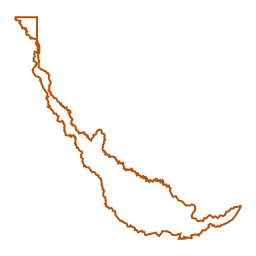 outline of Nhamundá, Amazonas, Brazil
{"feature_id": "56859067B20475457362782", "entity_name": "Nhamundá", "entity_type": "district", "adm_level": 2, "iso_a3": "BRA", "parent_name": "Brazil", "parent_adm1": "Amazonas", "projection": "robinson", "projection_center": [-57.83, -1.081], "detail": "fine", "context": "isolated", "style": "outline", "palette": "amber", "viewbox_px": 256, "rotation_deg": 0, "n_neighbors": 0, "source": "geoboundaries", "source_scale": "gbopen_adm2", "svg_char_len": 5781}
<svg xmlns="http://www.w3.org/2000/svg" viewBox="0 0 256 256"><path d="M66.6,107.5L64.8,108.0L64.4,107.1L63.4,107.2L63.1,106.0L61.7,105.8L61.5,104.6L60.5,104.4L60.6,103.4L60.0,103.6L59.0,102.1L57.7,101.4L56.0,98.2L53.9,98.0L53.2,96.3L50.8,94.8L50.7,93.1L50.3,92.6L50.7,92.6L49.9,91.4L49.3,91.3L49.2,90.3L48.6,89.8L49.3,89.1L49.2,85.4L49.7,85.3L50.6,83.7L50.6,81.6L49.5,80.2L48.7,77.7L49.5,75.1L48.4,74.5L47.9,73.1L46.9,72.9L45.1,70.9L44.3,71.0L43.0,70.0L40.9,69.3L38.7,67.1L38.6,63.3L39.3,60.8L38.8,60.4L38.3,57.8L38.1,55.1L39.4,52.2L39.4,46.1L38.8,44.2L37.7,43.8L37.7,41.7L36.9,40.4L37.1,17.2L15.5,17.2L15.4,18.6L16.0,18.9L15.6,19.7L16.4,20.3L20.2,20.8L20.2,21.5L19.4,22.7L19.7,23.3L20.2,23.0L21.4,25.9L22.4,26.7L22.2,28.0L22.7,28.5L24.4,28.1L24.7,28.8L25.9,28.4L26.1,30.3L27.3,31.1L27.2,31.7L26.1,32.2L26.6,35.0L27.8,34.7L29.4,35.4L29.9,37.5L30.8,38.6L31.5,37.6L33.4,38.7L35.8,38.9L36.6,39.4L36.8,42.0L36.6,42.8L35.9,42.9L35.8,43.5L37.8,46.6L37.5,52.1L36.9,52.9L34.7,51.7L34.3,54.5L34.9,56.6L33.5,58.2L33.9,58.8L33.5,60.7L37.1,63.1L35.6,65.2L35.9,65.8L33.6,68.2L32.5,70.1L33.4,71.0L33.2,72.3L35.4,75.8L36.2,76.4L38.1,76.6L40.5,78.6L40.2,80.2L40.8,80.0L41.5,84.0L42.5,85.3L42.7,87.2L47.5,93.7L47.2,95.7L48.2,96.7L46.9,97.0L46.1,98.4L47.3,99.0L48.5,102.5L48.1,104.2L49.6,105.8L47.9,106.7L48.3,107.4L50.1,107.5L51.6,109.9L52.8,110.9L53.7,113.4L56.0,113.6L56.9,115.5L58.6,116.3L57.3,120.4L58.0,121.1L60.4,121.9L62.2,120.7L63.3,122.0L63.0,122.9L63.9,123.7L64.5,125.3L64.7,127.0L64.1,127.5L64.7,130.1L64.2,130.6L65.4,132.9L65.7,135.1L69.2,135.7L70.2,134.9L70.7,135.3L70.6,136.6L71.4,136.8L71.8,135.6L73.3,135.3L74.1,135.6L74.1,136.5L74.8,137.3L75.4,137.2L75.8,138.4L75.3,138.8L75.6,141.3L75.1,142.0L74.9,143.6L75.4,144.2L76.0,144.1L76.2,144.7L75.8,145.2L76.7,146.4L76.9,147.8L78.0,147.7L78.9,150.1L80.8,151.3L81.6,151.4L82.0,152.0L81.9,153.3L80.8,155.4L81.5,156.3L81.1,157.4L82.9,159.1L82.3,161.4L84.0,164.7L84.0,166.1L85.1,165.8L85.8,167.2L88.7,167.4L92.1,172.3L92.9,171.9L94.5,172.2L95.5,173.2L95.8,174.4L97.2,175.2L98.5,175.3L98.4,177.0L99.6,178.1L100.8,178.5L101.7,182.9L101.8,185.9L102.6,186.9L102.6,189.7L104.0,190.3L103.7,192.5L103.3,193.2L103.2,195.1L103.8,196.5L105.2,197.4L105.4,198.2L105.8,202.5L105.1,203.8L105.3,204.4L106.0,204.4L106.1,206.2L106.6,206.7L107.2,206.4L107.9,206.7L109.0,208.6L111.4,207.8L112.5,209.2L112.7,210.6L113.8,211.2L114.6,210.9L115.3,212.1L115.2,214.0L116.4,216.4L120.3,221.0L121.9,220.6L123.1,222.2L126.7,223.6L127.6,226.6L129.7,226.5L130.3,225.6L130.9,226.4L131.5,226.0L132.3,227.1L134.2,227.4L135.1,228.5L134.8,229.9L136.7,230.1L138.1,232.4L140.3,231.1L141.5,231.4L142.0,230.9L142.8,231.9L144.1,231.9L145.4,235.1L155.9,232.6L157.6,235.0L159.1,236.0L160.2,234.2L161.1,233.8L161.9,231.8L162.5,231.1L164.7,231.4L166.7,231.1L170.9,233.1L172.3,234.9L176.6,235.2L178.5,234.0L179.5,234.8L180.3,234.2L179.7,236.2L180.3,237.6L179.0,238.2L178.8,238.8L183.5,238.8L183.9,238.2L183.6,237.0L184.0,236.7L184.9,237.1L184.9,238.3L185.3,238.6L186.0,238.5L187.2,237.3L191.6,238.3L191.7,237.2L190.9,235.8L191.2,235.4L195.6,234.4L198.7,235.5L198.6,234.1L201.0,233.2L202.4,230.2L204.8,230.5L208.9,227.3L208.5,225.2L210.1,223.8L211.8,224.4L212.3,225.7L213.8,225.2L215.2,226.8L217.2,226.6L218.3,225.3L217.9,226.3L219.5,226.7L221.3,225.1L224.1,224.3L228.6,222.0L231.8,219.9L234.6,217.0L240.3,207.7L240.6,206.0L237.2,207.0L234.2,207.3L233.5,208.4L232.7,208.7L231.2,208.4L229.2,211.0L226.2,212.0L224.7,215.3L222.8,216.1L220.5,215.2L217.7,218.2L215.5,216.4L214.2,216.7L213.0,217.8L210.9,215.6L209.4,215.2L206.3,218.1L205.6,218.5L204.3,218.2L203.2,221.1L201.6,220.5L198.4,221.3L196.7,220.3L196.3,218.9L195.6,218.5L192.4,218.1L191.9,217.4L191.8,215.3L193.0,212.9L194.5,211.3L195.3,208.6L194.9,206.3L194.0,205.1L192.0,204.5L190.1,205.5L185.9,205.4L182.5,201.8L180.6,200.8L178.5,200.5L175.9,196.1L173.0,197.0L169.8,190.4L170.6,188.2L169.1,187.2L168.9,185.6L167.7,185.6L166.7,186.6L165.8,184.4L163.3,184.8L163.4,183.6L162.5,182.9L163.5,181.8L162.9,180.6L162.5,181.6L161.3,180.7L160.5,181.9L160.3,180.0L158.2,181.3L157.1,180.7L157.4,179.3L156.3,178.8L156.2,180.2L155.7,180.9L155.1,180.1L153.9,179.7L153.0,181.6L152.6,181.7L151.3,180.4L150.0,180.2L150.1,181.1L149.4,182.0L147.9,180.2L146.3,180.9L146.0,180.1L146.9,178.7L145.9,178.4L145.8,177.1L144.8,176.8L144.3,178.3L143.3,178.3L143.0,177.9L143.4,177.1L143.0,176.1L140.6,177.2L140.2,175.6L138.7,175.2L138.3,174.2L136.8,175.3L136.6,174.7L137.1,173.2L135.7,172.8L135.4,171.6L134.7,171.3L132.8,171.1L132.5,170.5L131.8,170.8L131.6,170.5L132.2,169.2L131.3,168.5L129.9,169.8L129.3,169.5L127.9,170.0L127.0,169.3L126.8,169.9L125.6,170.3L124.4,168.7L123.7,168.6L124.2,167.0L123.4,165.5L123.2,162.9L122.0,163.6L121.0,162.7L120.4,163.3L119.8,162.7L118.3,163.4L118.8,161.4L117.2,161.5L116.8,160.3L116.0,159.8L116.0,158.6L115.3,158.3L115.1,157.4L111.2,156.2L110.5,157.1L109.5,156.4L108.8,156.6L108.4,156.0L108.8,154.7L107.1,154.2L106.0,154.7L105.3,154.5L105.6,152.6L104.2,152.2L104.5,151.0L102.9,150.3L102.4,148.3L103.1,147.0L103.2,146.1L102.7,145.3L103.8,143.5L104.1,140.9L104.4,140.1L104.8,140.3L105.2,139.7L104.9,138.1L104.1,137.3L104.8,135.3L103.9,133.9L102.2,133.5L101.4,132.6L101.6,130.9L101.0,129.9L99.9,129.5L98.6,130.4L97.9,130.2L96.5,131.8L96.5,133.3L96.1,134.0L95.5,134.6L93.3,134.8L93.7,136.7L91.6,138.7L91.0,140.5L88.3,137.9L87.8,136.2L87.2,136.6L87.3,135.3L86.3,135.1L85.2,134.0L84.6,134.2L84.7,133.3L83.6,132.1L82.1,133.0L80.9,132.8L79.1,133.5L79.0,132.3L77.9,131.8L77.8,130.8L76.2,130.1L76.4,129.4L75.7,128.4L75.8,127.3L73.8,124.8L72.7,124.6L72.3,125.2L71.1,123.6L71.7,122.3L71.3,121.9L71.3,120.9L72.4,119.8L72.0,118.5L71.2,118.1L70.3,116.4L69.6,115.9L69.5,114.0L69.9,113.3L69.2,113.0L70.6,112.5L70.6,111.9L70.2,110.9L68.8,110.0L68.3,110.2L68.1,110.8L66.3,109.0L66.6,107.5Z" fill="none" stroke="#b45309" stroke-width="2"/></svg>